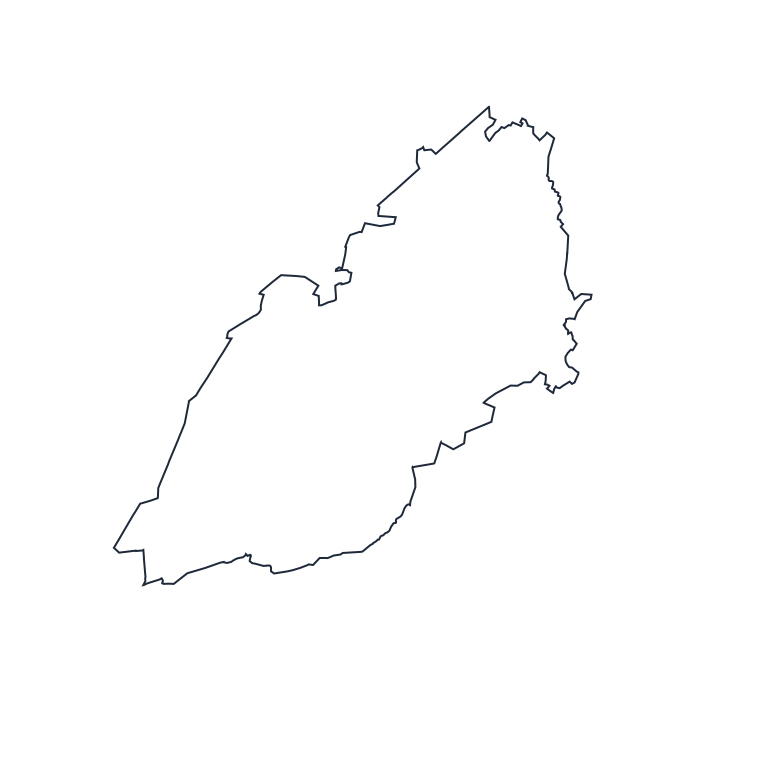 the district of Lēdmanes pag., Lielvardes, Latvia, rotated 123°
{"feature_id": "27541924B44390413631037", "entity_name": "Lēdmanes pag.", "entity_type": "district", "adm_level": 2, "iso_a3": "LVA", "parent_name": "Latvia", "parent_adm1": "Lielvardes", "projection": "robinson", "projection_center": [24.989, 56.772], "detail": "fine", "context": "isolated", "style": "outline", "palette": "slate", "viewbox_px": 768, "rotation_deg": 123, "n_neighbors": 0, "source": "geoboundaries", "source_scale": "gbopen_adm2", "svg_char_len": 6065}
<svg xmlns="http://www.w3.org/2000/svg" viewBox="0 0 768 768"><g transform="rotate(123 384 384)"><path d="M277.6,493.6L281.0,493.2L290.0,491.2L289.7,490.4L290.6,489.9L296.6,487.0L310.1,482.0L310.6,485.2L313.9,486.6L315.4,485.9L311.4,481.5L308.5,476.8L309.3,474.6L309.4,474.3L308.9,473.1L308.5,471.9L316.5,468.5L318.6,469.4L322.3,472.6L323.6,474.0L322.8,474.6L323.9,476.3L328.1,478.4L330.1,477.0L337.8,471.2L338.3,471.0L338.3,470.9L339.5,470.3L340.5,470.8L341.6,471.4L346.0,475.4L348.9,477.2L352.0,479.3L352.2,479.5L353.4,481.3L350.7,483.1L345.7,486.7L347.1,492.3L337.3,492.6L337.3,508.1L337.3,508.7L340.7,515.4L343.2,519.9L348.8,529.6L359.8,533.3L373.9,537.6L374.4,537.6L376.1,537.6L374.7,533.5L380.7,531.8L385.4,530.0L388.8,527.7L392.7,527.7L395.7,528.7L397.9,530.1L412.5,537.3L424.7,543.0L427.3,542.5L429.9,541.2L431.0,541.0L430.2,538.9L428.9,536.7L445.3,536.2L453.3,536.2L475.3,535.6L487.3,535.7L496.4,535.4L497.1,535.8L504.6,538.3L504.7,538.1L525.5,529.7L534.7,527.9L538.6,527.2L542.9,526.3L566.0,522.1L568.3,521.5L591.5,517.2L594.3,516.6L601.0,512.6L603.0,511.6L609.3,516.5L617.2,523.3L626.8,523.0L630.7,523.0L660.1,521.6L668.5,521.3L669.1,517.7L669.7,514.3L659.0,501.5L659.3,501.2L655.0,495.7L654.3,495.4L660.6,490.6L660.9,490.5L673.0,481.1L675.6,479.0L676.8,478.6L678.7,477.2L679.3,476.8L683.7,476.3L682.9,475.6L681.3,474.7L679.7,473.6L670.4,465.9L669.1,465.1L668.1,464.7L669.1,462.6L669.6,462.2L670.8,461.9L671.6,461.6L671.3,461.3L671.8,460.2L668.8,455.9L666.1,451.4L663.3,450.5L649.9,445.9L647.3,443.7L635.6,433.7L623.5,424.4L622.1,423.1L620.6,421.6L620.9,421.4L619.5,418.1L616.5,415.3L613.8,414.2L610.3,412.2L607.1,409.0L606.3,408.0L603.4,407.0L601.8,407.2L602.4,405.4L602.3,405.1L602.4,404.9L601.8,404.7L601.5,404.4L601.4,404.1L601.4,403.8L601.0,403.6L600.9,403.4L600.2,403.3L600.1,403.0L600.2,402.5L600.6,402.1L600.8,402.1L601.1,401.8L601.5,401.7L602.0,401.7L604.9,400.6L605.7,400.2L605.8,399.9L605.8,398.6L606.1,397.2L604.7,393.7L602.3,386.2L602.0,385.7L600.5,383.8L600.5,383.7L600.1,383.4L598.6,381.2L598.5,380.6L598.5,380.3L599.3,378.9L602.6,376.7L602.8,373.0L593.7,362.9L589.9,359.2L584.1,354.3L577.4,349.4L576.5,349.0L576.4,349.0L574.4,344.9L565.0,343.2L563.1,340.4L560.7,336.5L560.1,336.1L558.6,334.9L557.7,334.4L555.2,332.7L550.7,327.6L548.2,326.6L537.7,312.4L536.3,310.8L526.4,307.7L525.4,307.1L524.3,306.4L523.4,306.5L520.4,305.0L518.8,304.6L518.0,304.5L517.4,303.7L517.0,303.5L514.2,303.8L513.5,303.8L512.5,303.3L511.5,302.3L509.0,301.8L508.0,301.4L506.8,300.4L504.2,299.6L503.8,299.6L499.9,300.3L495.8,300.2L495.0,299.7L494.5,298.8L494.1,298.5L493.3,298.6L492.2,299.6L490.9,300.1L490.1,299.9L486.2,298.0L483.6,297.7L476.6,299.2L476.0,299.1L474.2,299.1L472.8,298.7L471.9,298.2L471.6,297.9L471.5,297.6L471.4,296.2L468.3,297.8L453.4,301.5L446.8,306.1L446.4,306.6L438.8,314.5L438.3,314.8L438.1,314.8L438.2,314.6L434.9,311.2L434.7,310.9L434.3,310.5L423.4,298.7L423.1,298.6L414.9,300.7L411.4,301.8L402.1,304.5L401.9,304.5L402.2,304.2L401.5,297.9L401.5,296.9L401.0,290.3L390.1,284.5L380.3,289.3L357.2,273.3L352.2,275.3L343.5,278.5L345.6,290.2L345.5,290.3L339.6,288.6L330.7,285.0L316.4,277.0L312.7,271.0L306.5,267.6L302.6,262.0L298.4,261.1L298.2,261.1L297.9,261.3L291.3,259.9L289.3,259.9L289.3,259.3L288.4,253.1L289.0,252.6L293.8,249.9L296.6,248.9L295.5,246.5L295.4,244.2L299.1,244.8L299.3,241.9L299.4,237.3L298.5,237.5L296.0,238.4L294.9,238.6L292.7,238.6L292.4,238.7L292.3,238.4L292.7,238.0L292.9,237.5L292.3,235.6L291.8,234.4L288.3,233.1L280.9,229.6L281.5,226.4L278.9,225.0L269.7,226.5L268.4,227.3L268.6,229.2L267.8,235.2L269.0,237.9L268.1,240.5L267.0,242.5L266.3,243.6L265.2,244.7L262.5,246.6L261.7,246.7L258.0,246.8L253.4,246.0L253.3,245.9L253.2,245.7L252.9,244.1L245.3,244.3L243.9,248.9L244.0,249.1L244.0,249.5L243.7,250.1L241.0,252.0L240.5,252.9L238.7,255.1L238.8,255.4L240.1,256.2L241.7,256.9L241.2,257.4L239.5,258.2L239.4,258.3L238.8,258.7L238.8,259.2L238.6,259.7L238.5,260.6L238.5,261.7L237.9,262.3L237.6,263.4L236.3,264.3L236.4,264.7L236.9,265.1L236.8,265.4L236.5,265.5L234.4,265.2L232.9,265.2L232.0,265.6L230.6,266.6L228.1,264.4L225.7,259.7L225.7,259.4L218.5,261.1L204.8,260.5L200.3,256.9L196.1,258.6L201.1,267.6L209.2,270.4L205.0,275.7L205.1,275.8L204.7,275.9L203.7,280.6L202.2,282.0L193.1,292.4L179.6,298.8L176.0,300.8L175.8,301.0L174.8,301.6L174.7,301.4L159.2,310.3L155.9,321.4L152.4,320.9L151.7,324.2L150.5,325.3L150.6,326.3L151.2,327.9L150.7,328.1L150.1,328.7L149.8,328.9L147.7,329.6L146.1,329.6L142.8,329.4L142.1,329.4L141.6,329.6L141.3,329.7L141.0,330.0L139.7,331.0L138.5,332.8L138.2,333.1L137.2,334.3L137.3,334.8L137.4,335.2L137.3,335.4L137.1,335.9L136.7,336.4L136.2,336.7L135.9,336.8L135.5,336.8L134.9,336.6L133.9,336.8L132.0,337.5L131.2,337.9L130.9,338.5L130.9,338.9L131.3,340.1L131.5,340.6L131.5,340.8L131.4,340.9L129.3,341.5L128.8,341.7L128.7,341.9L128.7,342.9L129.0,343.8L129.3,344.5L129.5,345.4L129.3,345.7L128.0,346.8L128.1,347.7L128.5,349.5L128.2,349.9L125.3,350.6L123.2,351.6L122.3,352.4L122.4,353.7L123.5,355.6L123.6,356.4L122.9,357.3L122.6,357.5L121.8,357.7L121.5,358.0L120.9,358.8L120.6,359.7L120.5,360.2L120.6,360.6L119.9,361.1L118.4,361.2L103.7,369.9L95.3,372.2L85.3,375.1L85.0,377.3L84.8,379.3L84.3,384.3L87.4,384.4L90.4,385.2L94.9,386.2L94.1,388.8L93.2,393.2L92.5,395.4L88.7,397.9L87.3,398.6L87.3,398.9L87.9,400.3L89.0,403.9L88.8,403.9L85.6,408.9L86.0,412.7L90.1,412.3L90.0,409.8L93.1,409.6L93.4,412.0L94.6,418.7L98.3,418.6L98.9,420.4L103.8,422.4L104.5,425.4L109.1,425.9L112.8,427.4L122.4,427.9L122.8,428.2L120.8,433.3L117.4,436.6L112.9,436.2L107.1,433.9L101.7,434.4L102.7,440.7L102.6,440.9L101.7,441.4L97.7,444.4L94.4,446.9L94.5,447.0L130.1,457.0L131.5,457.3L146.7,461.5L153.8,463.5L162.8,465.9L162.8,466.1L161.9,470.6L161.7,471.9L161.8,472.3L166.0,477.5L165.3,478.5L164.0,480.2L165.3,480.5L167.1,481.4L168.8,482.5L169.9,483.4L179.9,477.5L180.7,476.6L184.0,471.7L216.9,480.5L219.2,481.3L223.9,482.7L226.4,483.3L237.6,486.5L238.2,484.1L243.6,482.1L246.1,480.2L237.7,465.0L244.1,462.9L248.6,467.7L253.7,473.3L259.5,487.5L268.8,485.5L269.8,487.4L277.6,493.6Z" fill="none" stroke="#1e293b" stroke-width="2"/></g></svg>